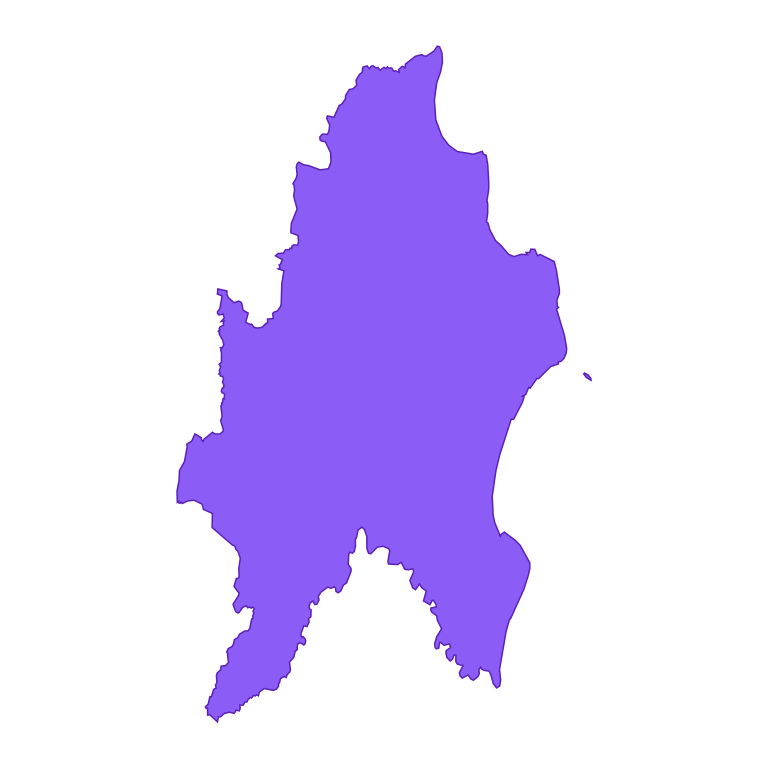 Ogan Komering Ilir, Sumatera Selatan, Indonesia
{"feature_id": "22746128B6554957987252", "entity_name": "Ogan Komering Ilir", "entity_type": "district", "adm_level": 2, "iso_a3": "IDN", "parent_name": "Indonesia", "parent_adm1": "Sumatera Selatan", "projection": "equal_earth", "projection_center": [105.107, -3.327], "detail": "fine", "context": "isolated", "style": "filled", "palette": "violet", "viewbox_px": 768, "rotation_deg": 0, "n_neighbors": 0, "source": "geoboundaries", "source_scale": "gbopen_adm2", "svg_char_len": 6092}
<svg xmlns="http://www.w3.org/2000/svg" viewBox="0 0 768 768"><path d="M217.8,288.9L217.6,292.7L217.3,294.0L216.6,293.7L222.0,295.9L220.2,306.9L219.3,309.6L217.6,311.4L217.5,313.4L219.0,315.0L223.2,314.1L224.2,318.1L221.1,321.5L224.1,321.1L223.2,323.4L223.6,325.2L219.8,327.1L219.2,328.7L220.0,329.6L218.3,331.3L219.5,332.3L219.1,333.8L222.9,340.7L223.7,344.4L222.7,347.4L220.5,347.6L221.3,348.8L220.7,349.5L221.5,353.3L221.4,362.4L219.1,364.2L220.7,366.8L219.3,370.7L219.8,372.9L218.9,373.9L219.9,374.2L220.4,376.0L222.6,376.5L223.5,378.7L222.5,382.2L223.9,385.0L223.6,387.4L222.3,388.0L221.3,391.1L222.0,392.8L224.0,393.3L224.5,395.1L224.0,399.0L223.1,398.6L222.3,403.1L221.7,403.1L221.5,405.5L220.9,405.9L222.1,416.8L220.6,420.6L223.3,429.3L223.1,431.1L220.0,434.1L215.0,433.9L212.5,432.3L204.1,439.1L203.1,441.5L201.5,439.8L201.4,437.8L194.9,433.9L191.7,441.2L186.9,444.0L187.1,447.2L184.5,461.4L179.5,470.6L179.0,480.5L177.0,491.4L177.3,502.3L178.6,501.3L178.8,502.9L180.0,503.3L181.0,502.1L182.3,503.5L187.6,501.0L193.9,500.2L201.5,503.8L203.0,506.3L203.3,509.4L212.4,513.4L212.1,527.5L232.2,544.9L234.8,546.0L236.0,549.6L237.9,551.3L240.3,558.3L238.8,568.3L239.1,576.7L238.2,578.4L236.3,578.5L234.0,586.4L239.1,593.2L238.5,595.6L233.3,603.7L233.2,605.0L235.8,611.7L237.9,613.0L239.2,612.4L242.6,607.5L246.1,605.7L247.8,607.8L249.4,607.0L251.2,608.2L252.8,607.0L254.3,608.6L253.0,611.2L253.8,612.7L252.7,616.1L253.2,617.7L251.7,619.0L249.8,628.4L248.1,630.8L244.5,631.1L239.5,634.2L237.8,637.6L234.3,639.7L233.7,643.4L232.3,646.3L228.2,648.7L226.7,652.1L227.9,653.9L227.5,654.7L228.5,662.4L225.7,665.5L221.1,666.2L220.6,669.9L217.2,673.0L216.4,675.6L216.9,682.5L215.5,685.1L216.1,688.1L213.6,689.4L211.4,696.8L209.9,696.6L208.2,704.0L205.4,706.9L206.1,708.3L207.5,708.3L207.6,715.1L209.9,714.9L217.5,721.9L218.4,716.9L220.5,716.8L224.3,713.5L229.4,712.2L234.2,713.4L236.2,710.1L239.3,710.9L240.2,708.4L239.8,705.0L243.2,705.2L244.8,702.3L247.1,701.8L247.8,699.8L250.0,697.7L251.5,698.0L253.4,695.6L255.3,695.9L256.2,694.9L258.4,695.8L259.4,692.0L264.1,688.5L273.1,690.4L276.4,689.2L278.5,686.3L278.6,683.6L279.5,682.9L280.5,678.5L284.3,676.5L286.2,677.5L287.1,674.6L289.6,672.2L290.4,669.9L289.5,662.0L293.8,657.3L295.2,651.3L297.3,649.7L297.2,645.7L298.3,643.3L300.5,642.8L303.8,645.0L305.0,644.0L305.7,640.7L305.2,639.0L303.1,636.6L302.0,637.3L301.0,635.4L301.1,633.1L303.9,625.7L306.9,626.7L309.1,622.1L308.7,618.6L310.9,616.7L311.1,609.9L309.5,608.9L309.0,606.4L310.2,602.9L313.1,601.1L314.7,604.5L317.0,604.1L319.0,600.0L318.3,596.5L320.8,592.3L327.8,587.1L331.0,588.3L334.3,586.8L335.5,588.1L336.0,591.5L338.1,592.8L340.7,591.1L343.5,585.0L346.6,582.9L351.1,571.1L351.0,568.4L348.2,564.4L348.8,553.8L350.1,552.2L352.4,553.2L354.3,551.5L355.5,545.7L355.3,539.8L356.5,537.4L358.1,530.0L362.0,527.1L364.5,529.6L366.8,536.5L366.9,548.4L368.5,553.2L370.8,553.8L377.3,547.1L383.3,546.3L388.6,548.6L389.7,550.8L387.9,561.7L388.5,564.0L397.5,564.6L401.3,562.4L404.6,569.2L408.1,569.8L412.8,568.9L413.7,572.0L409.9,580.6L412.8,587.9L415.5,589.7L419.5,584.0L421.8,587.8L426.3,591.0L423.5,600.9L429.9,604.7L432.3,600.4L433.3,600.2L436.0,604.4L436.5,606.8L430.9,608.1L430.7,609.9L431.5,611.9L436.6,615.7L437.4,620.3L441.6,628.7L436.8,636.6L434.6,643.9L435.2,647.6L436.3,648.8L438.8,648.1L439.4,643.1L440.2,642.2L444.1,645.3L449.5,643.9L450.6,647.5L446.2,650.6L445.9,653.0L447.0,657.6L450.2,661.0L452.5,659.2L454.0,655.0L455.9,655.2L455.8,661.2L456.7,663.1L457.4,664.1L463.0,665.6L459.4,672.7L460.1,676.0L462.3,678.1L468.0,675.0L471.2,679.3L473.5,680.2L477.7,676.9L479.3,673.8L478.9,669.8L480.6,667.1L481.7,669.1L484.1,670.4L489.1,671.1L491.0,675.2L493.3,683.5L496.5,687.9L499.6,686.1L500.7,680.2L499.5,669.5L506.2,630.9L509.6,619.1L510.5,618.8L523.7,589.7L528.1,576.0L529.8,568.7L529.8,562.8L520.3,545.5L515.5,540.5L504.3,532.1L501.2,534.4L500.3,536.2L494.8,522.7L493.2,515.8L492.2,496.5L495.9,470.8L499.7,454.9L511.2,419.2L513.6,419.3L522.3,402.5L524.1,396.8L522.5,396.2L525.8,394.5L528.7,387.4L530.1,388.2L537.0,378.4L538.6,378.6L550.6,366.6L558.5,363.9L558.3,361.8L560.9,361.4L563.9,358.5L566.2,353.0L566.7,348.4L564.4,335.3L556.5,309.0L558.5,307.5L557.3,306.2L556.9,300.0L559.4,293.4L559.4,289.6L556.5,270.7L554.2,261.5L540.2,254.5L537.5,255.7L534.8,249.3L530.7,249.2L529.7,252.4L526.0,252.4L527.6,254.7L521.2,254.3L514.2,256.6L508.5,254.3L500.7,245.1L495.5,240.6L489.8,229.7L488.0,223.1L486.5,221.8L487.7,213.2L487.7,203.8L487.0,200.5L488.7,189.6L488.7,181.1L487.7,164.1L486.1,155.2L483.5,154.3L482.3,151.3L473.5,154.2L457.2,151.5L448.8,145.3L442.2,136.7L440.9,133.6L435.8,119.8L434.4,99.8L436.8,82.5L440.4,72.4L442.5,62.1L441.9,52.7L439.6,46.8L437.3,46.1L434.0,51.0L426.5,56.1L423.7,55.9L422.1,54.6L415.5,56.2L405.4,64.1L405.1,67.9L402.5,66.3L401.4,66.9L398.7,69.7L399.1,72.4L395.8,70.8L393.8,71.3L391.7,68.0L388.6,68.1L387.5,66.9L385.8,68.5L384.0,67.3L380.0,70.2L377.9,67.4L376.1,68.0L372.9,65.7L371.2,66.2L369.4,68.6L367.1,65.9L362.9,67.1L362.1,72.4L359.4,74.5L356.0,80.2L356.7,85.3L352.9,88.9L349.3,89.5L345.7,95.3L345.3,99.1L342.1,103.7L339.1,105.6L334.0,117.3L327.4,115.9L326.7,118.5L329.7,125.0L328.9,131.1L327.5,134.3L322.4,134.1L319.9,136.9L320.0,139.8L321.4,141.0L325.4,141.8L330.6,152.7L331.0,161.9L328.5,168.7L320.2,169.9L308.3,165.5L303.6,164.8L298.7,162.1L297.2,163.8L296.3,166.7L297.1,174.5L296.2,178.1L292.9,183.8L293.8,184.2L294.6,189.6L293.7,196.0L297.1,209.1L291.4,223.2L290.8,231.3L291.0,232.8L298.0,235.5L298.5,241.6L297.6,245.2L293.8,244.9L292.2,245.7L291.4,248.4L290.2,248.1L289.4,249.6L285.5,249.7L283.4,253.1L278.0,253.5L275.5,255.8L282.4,259.7L280.1,264.8L279.1,265.0L280.1,267.8L278.1,268.8L283.9,270.8L281.8,283.9L281.2,303.9L280.5,306.7L277.2,311.0L273.7,312.3L272.7,313.6L273.3,318.5L267.5,319.1L267.8,322.9L266.3,323.1L262.2,327.2L257.6,328.1L254.2,327.4L251.4,324.1L250.2,324.4L245.7,322.3L248.2,313.1L243.1,310.2L241.7,303.2L240.6,301.9L238.7,301.1L234.0,302.7L228.2,297.4L226.9,294.2L226.9,290.9L217.8,288.9ZM584.5,373.0L583.7,373.9L586.3,377.4L591.0,380.3L590.9,378.5L588.2,375.0L584.5,373.0Z" fill="#8b5cf6" stroke="#5b21b6" stroke-width="1.5"/></svg>